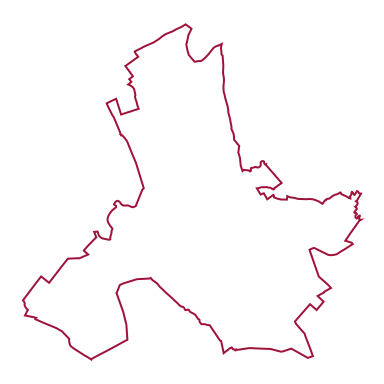 Cauas, Satu Mare, Romania
{"feature_id": "2599482B72744366399171", "entity_name": "Cauas", "entity_type": "district", "adm_level": 2, "iso_a3": "ROU", "parent_name": "Romania", "parent_adm1": "Satu Mare", "projection": "albers", "projection_center": [22.564, 47.598], "detail": "fine", "context": "isolated", "style": "outline", "palette": "rose", "viewbox_px": 384, "rotation_deg": 0, "n_neighbors": 0, "source": "geoboundaries", "source_scale": "gbopen_adm2", "svg_char_len": 5959}
<svg xmlns="http://www.w3.org/2000/svg" viewBox="0 0 384 384"><path d="M223.7,353.2L229.7,348.4L231.7,347.4L232.8,349.1L234.1,349.4L235.1,350.3L235.5,350.4L235.9,349.5L236.2,349.3L237.3,349.8L237.9,349.8L249.2,348.1L251.1,348.2L251.9,348.1L255.8,348.4L270.7,349.0L281.0,351.7L283.3,351.3L291.3,348.6L307.8,357.9L312.9,356.1L309.8,347.6L305.4,336.2L304.5,333.4L301.3,330.0L296.4,324.3L296.1,324.0L294.9,321.5L310.0,304.2L316.6,310.0L323.6,301.7L317.6,296.0L324.1,292.4L324.3,292.2L324.3,291.9L324.3,291.7L331.0,288.0L327.7,284.5L318.8,276.6L309.5,249.8L312.2,248.5L313.9,248.0L314.4,248.0L328.1,254.8L330.4,255.2L332.3,255.1L334.8,254.7L336.8,254.2L341.3,251.2L344.0,249.7L352.7,244.1L351.8,242.8L346.9,241.2L345.3,240.8L350.3,233.4L359.2,220.9L360.0,220.2L360.6,220.0L360.9,219.8L359.7,219.9L359.3,219.5L359.2,219.2L359.3,218.4L359.2,217.1L359.9,216.2L359.9,215.9L359.8,215.6L359.6,215.6L359.0,215.8L358.1,216.5L357.5,217.9L357.2,218.2L356.9,218.4L356.5,218.4L355.6,217.6L355.5,217.4L355.4,216.9L355.4,216.2L355.5,215.5L355.7,215.1L356.8,214.2L356.8,213.9L356.3,213.2L355.9,213.0L354.8,212.9L354.4,212.6L354.3,212.3L354.4,211.9L356.7,209.2L356.8,208.9L356.7,208.1L355.6,207.1L355.9,207.1L355.9,206.3L356.0,205.9L356.8,205.1L357.3,204.5L357.6,203.7L357.6,203.0L357.4,202.3L355.9,201.3L357.4,200.0L358.1,198.4L359.1,197.0L359.8,195.5L360.5,194.6L361.0,193.6L359.8,193.5L359.2,193.3L358.9,192.9L358.1,191.7L357.5,191.2L357.0,191.1L356.8,191.3L354.9,194.6L354.6,194.8L354.2,194.8L353.8,194.4L352.8,192.6L352.2,192.0L351.9,191.9L351.5,192.5L351.5,193.6L351.4,193.6L351.3,194.4L351.2,194.7L350.8,195.4L349.9,196.6L349.8,196.8L349.8,197.1L350.3,197.7L350.4,198.1L350.4,198.5L348.7,197.9L346.2,196.3L341.3,194.1L341.1,193.9L340.8,192.8L340.6,192.6L340.2,192.4L338.4,193.6L337.3,194.1L335.9,194.6L335.2,194.7L333.3,195.6L331.9,196.5L329.6,198.4L328.3,198.8L327.0,198.9L325.9,200.2L325.5,199.9L324.2,201.4L322.8,203.6L322.5,203.8L318.5,201.3L316.1,200.3L313.7,199.5L312.1,199.2L309.7,199.0L306.1,199.2L298.0,198.9L294.3,197.9L289.6,197.2L287.3,196.1L286.9,199.6L281.0,199.5L277.5,198.7L274.0,197.3L273.8,195.0L273.8,194.6L274.0,194.4L267.3,199.3L263.8,193.3L260.6,194.5L256.9,188.3L258.4,188.2L261.0,187.3L266.9,187.1L268.4,187.6L270.5,187.7L272.6,189.2L273.7,189.4L274.3,188.8L274.0,188.4L281.6,183.0L267.5,166.7L265.7,164.9L265.9,164.3L265.6,164.4L264.9,164.2L264.4,163.7L264.2,163.2L264.2,162.0L264.0,161.6L263.4,161.2L263.0,161.1L262.2,161.2L261.7,161.3L260.9,162.0L260.6,163.0L260.8,164.7L260.7,165.2L260.4,166.1L259.6,166.8L258.7,167.3L258.1,167.5L257.6,167.5L256.5,167.2L255.4,166.9L253.8,167.5L251.1,168.0L250.9,168.4L250.9,170.7L250.8,171.0L250.3,171.4L249.9,171.3L248.7,170.4L243.8,169.9L243.5,170.1L242.6,171.0L242.1,169.8L240.7,165.6L240.0,158.3L239.7,157.0L238.3,152.5L239.2,146.0L234.1,139.7L233.9,136.1L233.7,134.4L233.3,133.1L231.4,128.9L231.5,128.2L231.5,126.8L230.6,122.4L230.2,119.7L228.5,113.3L228.2,111.2L228.3,110.2L227.5,105.9L225.3,98.3L224.5,94.5L223.7,91.8L223.5,88.4L223.5,85.3L223.8,83.1L224.0,79.9L223.8,77.5L223.0,73.0L223.3,67.2L223.3,65.0L222.6,55.7L221.5,54.4L221.4,51.6L221.2,49.9L221.1,49.6L221.0,48.3L221.3,45.9L221.7,44.0L218.8,45.5L218.6,45.3L216.3,46.2L214.2,47.4L213.1,48.4L209.6,52.8L208.4,54.4L205.4,57.6L202.0,60.5L200.5,61.0L197.6,61.2L194.8,61.8L194.5,61.7L193.8,60.9L188.9,55.1L188.7,54.5L187.5,50.6L186.3,44.3L186.4,43.6L186.9,42.4L188.0,37.4L188.3,35.3L191.4,29.1L191.5,28.7L185.6,24.4L181.9,26.7L176.4,29.2L172.7,31.3L165.7,34.1L162.3,36.3L159.0,39.0L153.5,42.5L147.2,45.2L145.3,46.1L144.8,46.2L141.4,48.1L134.8,51.4L134.7,51.5L134.8,52.0L136.2,54.4L136.4,54.4L138.2,56.8L125.4,66.0L132.9,76.3L129.2,79.2L131.4,81.9L128.2,84.5L129.4,85.0L131.5,86.2L133.0,87.4L134.0,89.0L134.6,91.1L135.4,95.3L135.2,95.6L135.0,96.1L135.3,98.2L135.8,99.9L136.3,101.0L137.5,105.8L138.7,108.8L121.1,114.5L116.1,98.8L109.5,101.9L106.7,103.4L107.9,106.3L112.3,115.1L113.8,117.3L120.1,132.4L120.6,133.9L120.3,134.2L121.2,135.5L122.3,135.3L125.0,138.5L127.1,141.3L132.0,153.5L136.0,163.0L143.7,188.0L143.7,188.4L142.6,189.4L142.2,190.0L135.7,206.2L133.4,207.1L132.4,207.2L131.4,206.9L128.5,205.6L127.3,205.4L124.7,205.6L123.3,205.5L121.7,204.6L120.7,203.4L119.9,202.2L118.6,201.1L117.9,200.9L117.1,200.9L116.8,201.0L115.7,201.7L115.3,202.2L114.0,204.2L114.2,204.6L114.9,205.2L116.1,205.9L116.1,206.8L116.0,207.2L115.4,207.8L112.3,210.2L110.3,212.7L109.7,213.6L108.5,215.7L108.1,216.7L107.6,218.7L107.6,220.9L108.6,223.3L110.4,226.1L112.4,228.6L112.4,229.0L111.9,230.1L111.5,231.4L111.4,233.5L110.5,236.2L110.3,237.4L110.3,238.8L110.3,239.2L109.8,239.7L108.1,239.6L102.9,238.5L101.3,237.8L100.2,237.0L98.9,235.5L98.6,234.9L98.2,233.3L97.6,231.6L94.2,231.9L96.3,237.4L95.9,237.6L87.5,246.3L83.8,250.6L88.2,254.5L79.4,258.3L78.8,258.4L78.1,258.2L67.8,258.7L67.5,259.0L66.1,260.9L60.8,267.6L49.1,282.8L41.1,276.5L36.2,282.8L23.0,300.3L24.0,301.6L24.7,303.1L24.6,304.8L24.6,305.3L24.9,306.1L26.4,308.5L27.2,309.3L27.9,309.9L26.8,311.9L25.0,315.5L33.6,317.2L35.8,317.8L35.5,318.0L35.4,318.4L35.3,319.2L44.0,323.0L55.9,327.9L62.0,331.3L64.6,334.1L66.9,336.4L69.2,338.9L69.2,339.3L69.1,340.5L69.4,342.7L70.1,345.1L70.8,346.2L72.1,347.2L73.3,348.2L84.2,355.2L87.1,356.8L91.4,359.6L91.6,359.1L91.8,358.8L94.7,357.2L110.0,349.2L124.8,341.1L127.4,339.8L126.4,324.8L123.2,311.8L116.5,293.0L116.7,292.9L119.8,285.1L122.3,283.8L124.3,283.1L137.0,279.2L149.8,278.5L150.8,278.0L152.0,279.6L152.8,280.3L156.4,282.9L157.1,283.5L160.1,287.1L163.2,289.9L165.3,292.1L171.2,297.3L175.5,301.4L177.0,302.7L180.3,306.0L181.8,306.7L182.9,306.8L183.8,307.5L184.4,308.3L185.0,309.7L185.7,310.1L186.6,310.1L187.8,309.6L188.4,309.7L189.2,310.3L189.7,311.3L190.4,312.1L192.1,312.9L195.1,314.6L195.5,315.0L197.9,318.7L198.4,319.1L199.4,319.6L199.5,320.0L199.6,321.5L199.7,322.1L201.3,324.0L201.8,324.2L205.1,324.2L206.6,324.8L208.0,325.1L209.6,325.1L209.8,325.3L219.9,340.4L220.3,340.8L221.2,341.1L222.9,349.4L223.7,353.2Z" fill="none" stroke="#9f1239" stroke-width="2"/></svg>